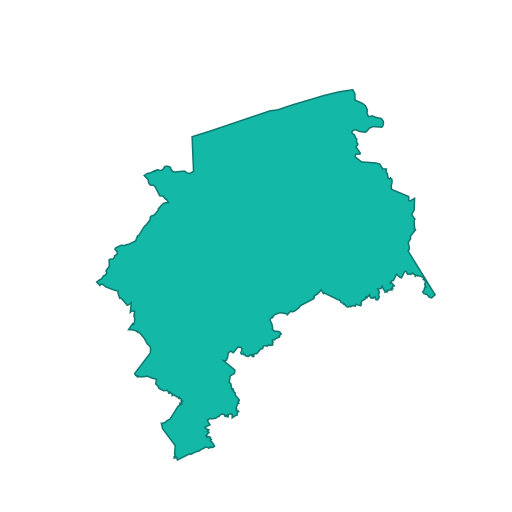 the district of Francisco Z. Mena, Puebla, Mexico, rotated 56°
{"feature_id": "50627088B96858950012844", "entity_name": "Francisco Z. Mena", "entity_type": "district", "adm_level": 2, "iso_a3": "MEX", "parent_name": "Mexico", "parent_adm1": "Puebla", "projection": "robinson", "projection_center": [-97.773, 20.706], "detail": "fine", "context": "isolated", "style": "filled", "palette": "teal", "viewbox_px": 512, "rotation_deg": 56, "n_neighbors": 0, "source": "geoboundaries", "source_scale": "gbopen_adm2", "svg_char_len": 6130}
<svg xmlns="http://www.w3.org/2000/svg" viewBox="0 0 512 512"><g transform="rotate(56 256 256)"><path d="M285.6,422.3L287.3,422.6L289.8,421.8L289.0,421.3L290.8,420.3L292.3,418.4L295.0,413.2L299.4,410.3L302.5,407.4L306.0,410.7L309.1,410.0L311.4,410.5L316.0,408.0L317.9,404.5L321.0,405.0L321.3,404.7L320.7,403.2L322.8,403.2L323.7,402.6L324.9,403.5L324.9,401.5L326.3,401.5L328.1,400.1L328.8,400.3L329.9,398.6L330.7,399.7L331.2,399.5L330.9,398.8L333.1,397.9L334.1,399.0L334.6,398.2L335.3,398.0L335.2,399.0L336.1,399.6L335.5,401.3L336.2,401.4L336.1,402.0L336.5,402.0L337.2,401.1L337.0,404.6L343.1,418.4L342.8,421.8L343.1,425.3L341.7,428.0L346.9,430.0L368.0,429.0L374.8,434.3L376.9,434.5L376.5,435.8L377.8,436.9L378.6,434.4L381.2,435.2L382.9,421.6L384.0,421.1L384.6,415.7L385.8,412.6L385.8,408.5L386.3,406.6L386.1,404.9L388.2,402.6L388.8,402.7L389.2,401.6L388.7,400.3L389.7,400.1L390.6,398.8L390.4,396.6L386.0,396.5L383.5,397.3L383.2,395.6L381.0,396.1L380.8,395.2L378.7,396.7L379.0,398.0L378.1,398.0L377.9,397.5L377.0,398.0L375.9,393.5L374.1,394.7L373.8,392.3L371.2,394.0L369.4,394.1L370.3,388.5L366.4,388.5L364.6,387.9L365.2,386.7L364.8,385.1L366.1,384.0L368.0,380.2L367.8,378.3L368.3,376.0L367.7,374.4L367.8,372.7L370.0,370.8L371.3,371.4L372.0,371.0L371.5,370.1L371.8,369.3L373.0,369.8L373.8,369.2L371.9,367.5L373.2,364.5L373.8,364.2L376.8,366.2L376.9,361.8L377.4,360.7L375.7,359.6L375.0,357.2L372.6,358.6L371.8,357.4L370.8,357.5L368.3,353.8L368.4,352.7L367.8,353.0L367.2,352.0L366.8,352.3L366.0,351.3L366.3,350.6L365.6,350.3L359.4,351.0L357.6,349.7L355.8,350.5L355.1,349.8L352.6,349.2L353.7,350.2L352.7,350.5L348.4,348.5L347.3,348.3L346.0,349.0L341.0,344.5L341.3,339.5L338.8,337.3L324.5,341.5L325.5,340.4L325.9,338.7L323.8,335.8L321.3,333.8L320.9,332.6L320.7,330.0L323.3,329.2L323.5,328.7L321.4,322.1L323.1,319.8L324.8,319.4L326.3,320.5L327.7,322.7L328.6,323.0L329.4,322.8L329.9,320.7L331.1,321.3L331.9,320.4L333.0,320.4L334.9,318.8L335.1,317.4L334.4,316.1L334.7,315.7L337.9,314.8L338.0,314.0L337.6,313.6L335.9,313.9L336.5,312.7L336.1,311.8L337.4,309.9L335.8,304.3L336.5,302.2L335.0,300.7L334.9,299.9L335.9,297.8L337.1,297.2L336.7,295.2L338.0,294.5L337.9,294.0L339.1,292.3L338.7,291.6L337.2,290.9L337.2,290.1L335.4,289.9L334.8,289.3L336.0,287.2L335.5,285.8L336.3,282.3L336.0,281.4L335.0,281.2L334.8,278.7L332.2,278.8L330.8,279.9L328.6,282.8L325.9,283.3L324.9,282.4L321.1,280.8L317.0,280.3L316.2,279.6L315.7,277.0L316.3,276.8L315.0,273.6L316.3,268.3L317.4,266.6L321.6,262.5L322.2,262.8L321.1,258.1L322.6,257.2L323.2,254.8L322.9,249.1L322.0,246.9L323.7,232.1L323.1,231.6L323.1,230.9L321.7,230.6L321.9,226.0L321.4,225.9L321.6,224.5L320.4,220.9L324.9,221.2L325.0,220.0L338.4,212.3L339.1,211.3L342.0,211.4L344.3,209.9L345.0,209.7L345.2,210.2L346.4,209.2L347.3,209.5L349.2,208.8L350.0,207.9L350.0,206.1L351.0,206.0L351.4,203.2L353.1,201.9L351.9,200.2L355.8,197.0L354.8,195.4L353.3,195.0L352.5,193.2L352.8,190.2L352.3,188.3L352.8,187.4L352.4,186.9L351.7,187.6L352.2,185.3L351.6,184.4L351.7,183.4L353.5,184.3L355.2,184.2L356.6,182.2L356.0,181.9L356.8,180.1L359.3,181.0L360.2,180.2L360.3,179.4L358.9,176.6L357.0,176.4L354.8,173.8L351.3,173.5L352.9,170.6L351.5,168.3L355.7,169.0L356.8,168.3L358.1,169.3L359.1,167.2L357.9,166.2L358.5,165.9L358.8,164.2L360.1,162.4L358.7,162.3L359.5,160.9L358.2,160.7L358.4,160.3L357.7,159.5L358.1,158.0L354.3,158.6L353.9,159.9L353.1,159.4L352.5,157.1L353.2,155.8L349.7,149.6L354.2,148.7L355.5,147.6L352.4,142.3L352.1,140.5L353.3,140.0L354.5,140.5L356.2,140.4L356.6,139.0L357.8,138.2L357.3,136.3L357.7,135.6L358.9,135.7L360.5,134.5L361.9,135.3L361.8,133.7L362.9,133.1L363.1,132.2L367.2,129.4L368.6,129.6L368.9,130.5L369.5,130.3L369.7,129.6L371.9,129.9L372.7,130.2L373.7,132.0L375.9,132.5L376.2,133.1L376.8,132.7L376.8,134.3L378.5,135.9L378.7,137.7L381.0,137.9L383.9,135.6L386.9,135.5L388.9,133.9L388.3,129.2L336.9,127.1L336.2,125.3L334.6,124.1L330.4,122.5L329.4,121.3L328.3,118.3L326.0,117.0L323.8,110.1L323.1,110.1L323.5,109.2L321.8,109.0L319.3,107.7L315.5,105.4L314.0,103.5L313.3,103.9L308.5,103.6L306.5,99.3L296.9,92.3L296.5,97.3L295.9,98.0L295.4,98.3L292.1,96.2L276.5,106.4L273.3,104.5L270.9,101.9L268.5,100.5L266.3,100.9L266.6,102.0L265.8,103.1L261.1,101.0L260.2,101.3L258.1,100.6L256.8,99.3L254.7,102.2L249.0,102.0L245.7,104.8L237.0,115.9L229.1,118.4L227.4,116.1L229.7,112.9L228.9,112.0L221.3,112.1L220.7,109.4L219.8,108.8L218.0,109.1L215.2,106.9L213.7,107.4L210.8,106.6L208.3,107.6L207.1,107.4L206.3,106.3L206.4,104.4L207.2,102.6L210.6,100.6L214.6,96.1L214.3,93.3L213.4,90.9L214.1,86.7L219.5,79.7L219.2,78.2L217.0,75.9L215.3,75.1L212.0,75.3L207.8,79.4L204.9,81.2L203.8,84.1L203.1,84.7L199.7,84.2L197.3,82.0L192.7,81.3L189.0,82.4L182.1,86.7L176.8,83.3L172.3,82.8L166.5,94.9L161.1,109.4L151.2,140.9L146.8,156.8L143.5,163.1L127.1,223.0L121.4,242.3L150.8,260.4L150.7,263.9L150.0,265.5L148.6,266.7L145.6,267.8L140.4,277.3L136.4,278.2L135.6,277.5L133.9,277.6L131.2,280.2L130.9,282.1L131.8,283.6L132.3,286.3L131.1,288.1L129.8,288.9L129.1,290.4L128.7,292.3L129.4,292.6L128.6,293.0L128.0,297.3L126.8,300.1L126.8,303.7L131.9,302.7L135.6,304.1L138.1,304.0L139.9,301.5L142.1,300.9L152.3,302.1L154.4,299.6L158.6,299.2L158.7,298.5L162.9,298.7L161.5,300.6L160.6,303.4L162.2,310.6L163.3,311.2L164.8,316.3L165.1,318.2L164.4,319.7L164.4,321.5L166.9,323.9L168.8,329.8L169.0,331.9L173.2,341.2L173.1,343.0L176.2,347.4L175.0,355.4L174.0,357.0L173.8,359.4L172.0,361.2L171.6,362.3L170.8,367.8L171.4,369.1L175.0,368.9L176.8,369.9L176.9,373.4L178.0,374.3L178.5,375.9L178.4,376.7L177.1,378.5L177.0,379.9L182.0,383.0L183.0,384.5L184.1,388.2L184.7,388.9L186.1,388.9L186.8,389.4L187.5,391.5L187.2,393.6L188.6,396.8L188.3,399.3L188.5,402.7L193.2,401.9L192.7,400.2L193.8,398.9L197.6,397.8L206.4,391.6L206.7,390.7L207.8,390.1L210.5,391.5L214.9,392.6L215.3,391.7L217.2,391.1L224.9,390.3L225.2,388.8L225.0,385.5L232.4,391.7L232.1,389.9L234.0,387.4L236.2,389.7L237.2,389.6L237.5,390.9L239.1,391.0L242.3,393.2L244.3,395.8L243.1,396.1L245.8,402.9L248.1,399.7L251.3,397.0L252.2,396.3L252.3,396.9L255.2,395.3L261.9,394.7L268.3,395.3L271.7,394.4L273.7,395.1L277.3,397.8L285.6,422.3Z" fill="#14b8a6" stroke="#0f766e" stroke-width="1.5"/></g></svg>